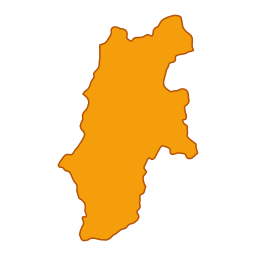 an SVG outline of Nagano
{"feature_id": "JPN-1844", "entity_name": "Nagano", "entity_type": "Prefecture", "adm_level": 1, "iso_a3": "JPN", "parent_name": "Japan", "parent_adm1": "", "projection": "albers", "projection_center": [138.086, 36.102], "detail": "fine", "context": "isolated", "style": "filled", "palette": "amber", "viewbox_px": 256, "rotation_deg": 0, "n_neighbors": 0, "source": "natural_earth", "source_scale": "10m", "svg_char_len": 3763}
<svg xmlns="http://www.w3.org/2000/svg" viewBox="0 0 256 256"><path d="M193.4,50.4L191.5,51.2L188.4,51.9L186.8,52.6L185.8,53.4L183.5,54.0L179.8,54.5L177.4,55.2L176.4,55.6L175.6,56.5L175.3,57.8L175.5,59.7L175.0,60.9L174.1,61.8L170.4,62.8L169.4,63.5L168.8,64.4L168.5,65.6L168.2,66.7L167.7,67.7L166.9,69.0L166.3,70.3L165.7,73.3L164.2,78.6L163.7,81.0L163.5,82.9L163.9,85.3L164.7,87.0L166.7,89.0L169.7,91.2L170.9,91.6L172.2,91.5L174.0,90.8L175.7,91.0L177.2,90.7L179.8,89.5L181.1,89.1L182.6,88.9L184.1,89.1L185.8,89.8L187.2,91.2L188.1,93.2L188.6,98.9L188.7,99.5L189.0,100.6L188.7,102.2L188.0,103.5L186.9,104.7L185.1,106.1L184.5,107.2L184.7,109.1L185.3,112.5L186.3,115.2L186.3,117.5L185.9,118.8L185.1,119.6L183.4,119.6L182.7,120.1L182.9,121.6L183.4,122.8L184.8,124.2L186.1,125.1L187.2,126.2L187.3,127.6L187.2,130.1L187.5,132.8L187.4,134.1L187.1,135.3L187.4,136.7L188.7,138.4L196.1,144.2L195.9,146.7L197.6,153.2L192.3,157.8L190.6,158.5L189.5,158.6L188.4,158.5L187.4,158.0L186.5,157.0L186.0,155.6L185.5,154.6L184.6,153.9L183.3,153.5L181.7,153.4L179.2,152.9L177.9,153.0L172.7,154.4L171.3,154.1L170.5,153.2L170.2,152.0L170.2,150.7L170.1,149.8L169.7,148.9L168.9,148.1L165.9,146.7L163.2,145.9L162.1,145.8L161.0,146.7L159.9,148.2L154.8,157.6L154.0,158.5L153.1,159.2L151.8,159.4L149.6,158.1L148.6,158.2L147.7,159.1L144.1,167.0L144.1,168.1L144.7,169.6L145.9,170.7L146.4,171.8L145.9,173.1L143.5,176.0L143.0,177.8L143.3,180.8L144.3,184.1L145.7,186.5L144.8,189.1L144.3,191.6L143.8,192.6L143.0,193.6L141.6,194.1L140.4,194.8L139.7,196.5L140.0,198.0L140.1,199.5L139.9,201.1L139.5,203.3L139.8,204.7L140.2,206.0L140.0,207.2L139.2,208.8L137.4,210.5L137.0,211.7L137.2,212.9L137.9,214.1L138.5,215.3L138.8,216.6L138.4,218.2L137.4,219.9L134.6,222.4L132.8,223.3L130.0,224.0L128.8,224.6L127.5,226.0L126.6,227.3L125.6,228.1L124.5,228.6L121.9,229.2L120.0,230.3L115.5,234.0L113.5,234.9L109.7,238.6L106.4,240.0L101.0,239.7L94.0,238.2L92.0,238.1L90.1,238.6L88.7,239.5L87.4,240.1L84.5,240.6L83.2,240.6L82.2,240.0L81.2,238.9L79.6,234.6L80.5,230.5L82.1,226.7L83.0,225.2L83.6,223.3L83.4,221.3L82.2,218.1L82.7,217.1L83.4,216.8L85.6,217.0L86.3,216.4L86.4,215.3L85.2,211.6L84.9,210.0L85.3,208.0L85.4,206.0L84.4,202.8L81.9,200.0L79.9,198.8L79.3,198.4L79.1,198.0L78.7,197.3L76.9,191.0L77.1,187.1L77.0,185.6L76.3,184.1L74.0,181.3L73.2,179.7L70.4,173.3L69.5,172.2L68.4,171.4L65.6,170.6L64.5,169.8L63.8,168.8L63.0,167.8L61.8,167.3L59.4,167.0L58.7,166.3L58.4,164.8L59.9,162.0L63.7,156.6L65.4,155.1L67.3,154.4L69.0,154.5L71.1,154.8L72.4,154.1L73.5,152.7L74.6,150.8L78.2,146.3L82.1,140.4L84.0,136.7L84.5,135.1L84.5,133.5L83.5,131.6L82.1,130.1L80.8,128.2L80.2,126.0L81.0,123.4L82.5,120.1L82.8,118.8L82.6,117.1L82.5,116.1L82.6,114.6L83.6,112.6L86.2,109.6L87.0,108.4L87.6,107.1L88.7,103.5L88.8,101.7L88.2,99.8L87.2,97.7L83.0,94.0L84.5,91.8L87.5,89.5L88.5,88.3L89.3,87.0L90.8,82.8L92.1,79.9L93.5,78.1L94.1,76.6L94.0,75.4L93.6,74.1L94.0,72.9L95.1,71.6L96.6,70.1L98.4,67.9L99.0,66.0L99.3,64.0L99.4,61.1L99.9,58.2L99.8,45.0L104.0,43.5L105.3,42.7L106.6,41.5L110.1,36.1L110.9,34.4L111.4,32.9L111.2,30.6L111.3,29.5L111.7,28.5L112.5,27.8L113.3,27.3L113.9,27.1L114.8,26.9L116.3,27.1L117.6,27.4L119.3,28.3L120.6,28.8L122.1,28.9L123.6,29.2L125.2,30.0L126.1,30.9L126.7,31.8L127.0,32.8L127.1,34.2L126.8,37.2L126.9,38.1L127.4,38.8L130.6,41.1L131.9,40.7L133.5,38.7L134.6,37.9L136.1,37.6L140.6,37.4L142.4,37.1L143.8,36.5L146.7,34.9L147.5,34.6L148.2,34.8L149.3,35.1L151.1,36.0L152.3,35.7L152.9,34.8L153.2,31.6L153.6,30.2L154.4,28.7L155.5,27.8L158.1,26.5L161.0,21.5L162.3,20.1L163.9,19.0L168.0,17.1L173.6,15.5L175.4,15.4L177.4,15.6L179.0,16.0L180.7,17.0L180.9,17.2L181.3,18.6L182.8,26.7L183.6,28.5L185.8,31.2L190.1,34.7L191.1,35.7L192.0,37.4L192.3,39.0L192.1,46.4L193.4,50.4Z" fill="#f59e0b" stroke="#b45309" stroke-width="1.5"/></svg>